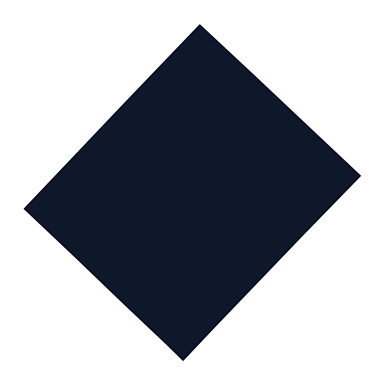 Grant, Indiana, United States of America, rotated 314°
{"feature_id": "52423323B51012446173370", "entity_name": "Grant", "entity_type": "district", "adm_level": 2, "iso_a3": "USA", "parent_name": "United States of America", "parent_adm1": "Indiana", "projection": "equal_earth", "projection_center": [-85.659, 40.516], "detail": "fine", "context": "isolated", "style": "filled", "palette": "ink", "viewbox_px": 384, "rotation_deg": 314, "n_neighbors": 0, "source": "geoboundaries", "source_scale": "gbopen_adm2", "svg_char_len": 329}
<svg xmlns="http://www.w3.org/2000/svg" viewBox="0 0 384 384"><g transform="rotate(314 192 192)"><path d="M317.4,81.7L201.6,82.1L179.1,82.3L63.6,83.2L64.3,152.2L64.5,221.8L65.1,279.4L64.9,302.3L111.4,301.8L238.3,301.4L320.4,301.7L319.4,221.3L318.6,151.1L317.4,81.7Z" fill="#0f172a" stroke="#020617" stroke-width="1.5"/></g></svg>